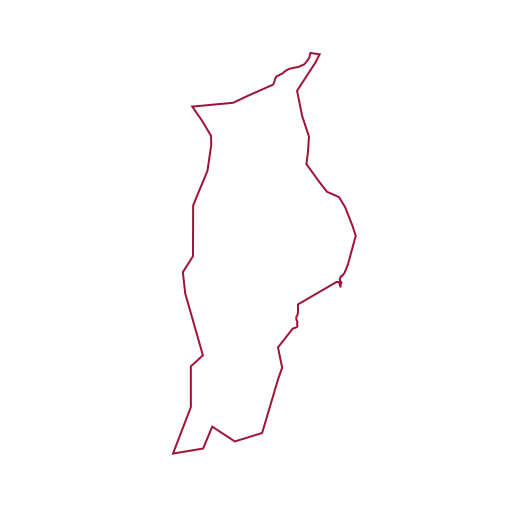 outline of Zu'unxangai, Uvs, Mongolia, rotated 12°
{"feature_id": "93677404B68741941608611", "entity_name": "Zu'unxangai", "entity_type": "district", "adm_level": 2, "iso_a3": "MNG", "parent_name": "Mongolia", "parent_adm1": "Uvs", "projection": "mercator", "projection_center": [95.512, 49.26], "detail": "fine", "context": "isolated", "style": "outline", "palette": "rose", "viewbox_px": 512, "rotation_deg": 12, "n_neighbors": 0, "source": "geoboundaries", "source_scale": "gbopen_adm2", "svg_char_len": 1946}
<svg xmlns="http://www.w3.org/2000/svg" viewBox="0 0 512 512"><g transform="rotate(12 256 256)"><path d="M162.6,123.1L175.9,135.7L187.0,147.8L189.1,156.5L190.8,182.7L184.0,219.5L194.4,269.3L187.8,287.0L194.5,307.2L224.7,364.2L215.2,377.5L223.7,417.3L215.9,466.5L244.3,455.3L248.7,432.0L273.7,441.8L274.0,441.7L298.8,427.8L303.2,372.0L304.8,359.8L296.5,340.8L307.0,319.4L309.1,318.2L310.1,317.5L310.8,316.8L311.0,315.9L311.0,315.5L310.8,315.0L310.4,314.2L310.3,313.5L310.3,312.8L310.3,312.4L310.2,311.8L309.9,311.5L309.3,310.7L308.9,310.0L308.6,309.4L308.4,308.7L308.1,307.0L308.8,305.0L308.9,303.9L308.7,301.8L307.1,294.6L338.7,266.0L340.1,264.8L340.9,264.5L341.5,264.3L342.0,264.2L342.3,264.4L342.4,264.6L342.5,264.7L343.0,264.8L343.5,265.2L343.7,265.6L343.8,266.0L343.8,266.4L344.0,266.6L344.3,266.9L344.4,267.1L344.4,267.6L344.6,268.1L344.9,268.3L345.0,268.1L345.0,267.7L345.0,267.4L344.8,267.2L344.7,267.0L344.8,266.9L344.8,266.6L344.7,266.4L344.3,266.0L344.0,265.7L344.6,265.4L345.0,265.1L345.1,264.7L345.2,264.4L345.1,264.2L344.9,264.1L344.3,264.0L344.1,263.9L344.2,263.7L344.3,263.6L344.2,263.4L343.5,262.8L343.2,262.1L342.9,261.5L342.7,260.9L342.7,260.6L342.7,260.3L342.8,259.9L343.2,259.4L343.3,258.9L343.4,258.3L343.6,257.9L343.9,257.6L344.3,257.4L344.6,257.2L344.9,256.9L345.0,256.3L345.1,256.1L345.3,255.7L345.4,255.3L345.7,255.0L345.9,254.7L346.1,254.1L347.7,245.1L348.9,223.3L349.4,215.5L343.9,206.1L333.1,189.8L325.1,181.2L312.0,178.4L301.4,169.4L286.2,155.6L285.2,143.4L283.0,128.2L272.0,109.4L261.8,85.8L273.9,54.5L276.3,45.5L267.0,46.1L266.9,50.6L265.8,53.7L264.4,56.6L263.7,58.0L262.5,59.3L260.7,60.3L258.7,61.9L258.0,62.4L256.0,63.2L254.1,63.8L252.6,64.7L249.7,66.0L247.7,67.5L246.4,68.8L245.2,70.2L244.8,71.0L243.6,72.2L242.3,73.2L241.4,74.0L240.1,75.0L239.0,75.9L238.5,76.5L238.3,77.6L237.8,78.7L237.8,80.2L237.7,81.9L237.2,84.7L215.0,100.8L201.7,110.9L162.6,123.1Z" fill="none" stroke="#9f1239" stroke-width="2"/></g></svg>